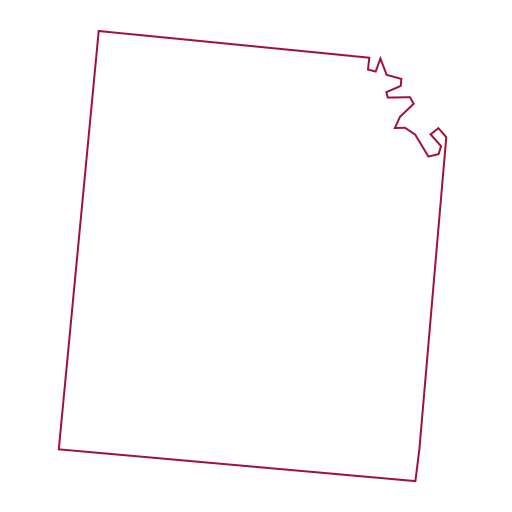 outline of Concho, Texas, United States of America, rotated 5°
{"feature_id": "52423323B74717321160891", "entity_name": "Concho", "entity_type": "district", "adm_level": 2, "iso_a3": "USA", "parent_name": "United States of America", "parent_adm1": "Texas", "projection": "natural_earth1", "projection_center": [-99.711, 31.334], "detail": "fine", "context": "isolated", "style": "outline", "palette": "rose", "viewbox_px": 512, "rotation_deg": 5, "n_neighbors": 0, "source": "geoboundaries", "source_scale": "gbopen_adm2", "svg_char_len": 460}
<svg xmlns="http://www.w3.org/2000/svg" viewBox="0 0 512 512"><g transform="rotate(5 256 256)"><path d="M79.7,45.6L76.4,465.8L434.4,466.4L435.6,434.1L435.2,121.0L426.6,112.8L419.3,119.6L430.8,130.5L429.0,138.6L419.1,141.9L404.0,121.2L393.3,115.3L383.2,116.4L387.3,104.8L399.8,90.6L395.5,84.4L373.5,86.7L371.6,81.4L385.4,73.9L385.3,66.9L370.4,64.2L362.7,48.4L359.2,61.8L351.3,60.5L351.6,48.6L79.7,45.6Z" fill="none" stroke="#9f1239" stroke-width="2"/></g></svg>